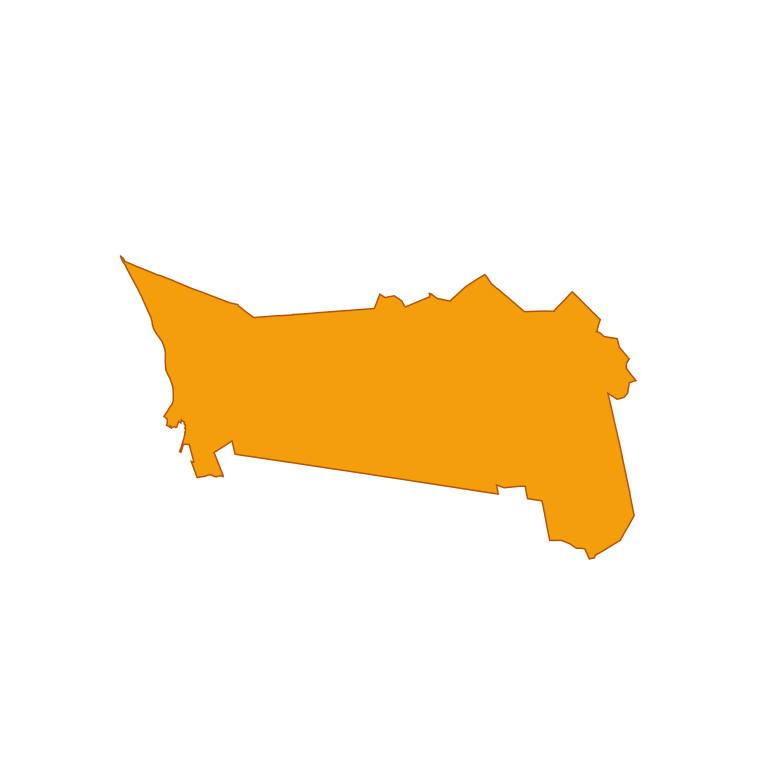 the district of Turku pag., Livanu, Latvia, rotated 43°
{"feature_id": "27541924B57048436459337", "entity_name": "Turku pag.", "entity_type": "district", "adm_level": 2, "iso_a3": "LVA", "parent_name": "Latvia", "parent_adm1": "Livanu", "projection": "robinson", "projection_center": [26.216, 56.443], "detail": "fine", "context": "isolated", "style": "filled", "palette": "amber", "viewbox_px": 768, "rotation_deg": 43, "n_neighbors": 0, "source": "geoboundaries", "source_scale": "gbopen_adm2", "svg_char_len": 5978}
<svg xmlns="http://www.w3.org/2000/svg" viewBox="0 0 768 768"><g transform="rotate(43 384 384)"><path d="M611.9,385.4L620.4,377.4L621.2,377.1L628.8,374.1L636.4,373.0L639.0,370.9L639.7,370.2L640.2,369.8L640.9,369.3L641.8,368.6L642.4,368.2L642.7,367.9L644.2,367.9L646.2,368.7L646.1,368.8L653.5,371.9L655.1,369.4L656.3,368.0L656.4,367.6L656.2,367.3L655.7,366.2L655.6,365.4L655.6,364.7L656.2,362.1L656.2,361.9L656.3,361.8L656.4,361.7L657.3,359.1L662.1,341.7L663.3,337.5L663.4,337.2L661.5,329.7L661.4,329.5L661.1,328.2L659.9,322.9L659.4,320.5L656.7,309.8L656.2,309.6L656.0,309.2L655.7,308.9L648.0,303.4L641.4,298.6L638.5,296.6L637.4,295.3L637.0,295.1L634.0,293.2L618.5,282.3L596.6,266.8L585.4,259.3L577.5,254.0L576.3,253.1L565.4,245.6L554.0,238.0L557.2,237.5L564.7,236.3L566.7,233.5L568.6,230.0L568.4,224.5L565.7,220.6L562.5,215.8L565.9,209.7L557.8,208.6L550.4,207.2L547.2,203.5L546.2,198.3L545.0,198.5L543.9,198.3L541.7,197.9L539.8,197.7L537.0,197.3L531.2,196.6L530.9,196.5L523.6,191.8L514.7,197.8L513.4,198.7L513.0,199.0L512.7,199.1L512.3,199.1L512.0,199.2L511.4,199.2L510.6,199.2L509.3,199.2L507.9,199.3L507.0,199.5L506.2,199.6L504.7,200.1L503.7,200.7L503.8,200.2L502.7,198.3L501.4,196.0L500.2,193.7L499.4,192.0L498.9,191.1L498.3,189.4L492.8,189.3L490.0,189.2L487.2,189.2L484.0,189.0L477.1,188.9L476.5,188.8L473.4,188.6L471.4,188.6L471.0,188.5L466.6,188.4L458.8,188.2L458.7,192.7L458.7,194.5L458.7,197.7L458.8,198.2L458.6,204.4L458.5,207.5L458.3,211.1L458.4,213.1L458.5,214.1L458.6,214.7L458.7,214.8L454.4,218.8L452.4,220.5L441.3,231.4L439.9,232.9L438.2,234.5L437.5,235.2L436.8,235.4L431.4,235.6L430.2,235.7L423.7,235.8L422.3,236.0L421.3,236.0L418.7,236.1L417.0,236.1L412.6,236.4L406.9,236.7L404.0,236.8L402.7,236.9L401.1,237.1L396.6,237.3L393.4,237.5L393.1,237.2L386.5,235.6L383.1,235.2L383.0,235.4L382.7,236.5L382.2,238.2L381.5,240.7L380.7,243.6L378.5,252.3L377.5,256.6L377.2,259.1L377.0,261.1L376.7,265.7L376.5,267.8L376.2,272.1L375.8,275.4L375.7,278.4L368.3,282.8L364.8,285.0L364.0,285.3L363.8,285.3L358.9,285.8L357.4,285.9L357.0,286.2L356.7,286.3L356.4,286.3L355.9,286.5L355.5,286.6L355.3,286.8L355.3,287.0L355.6,287.2L356.3,287.2L357.0,287.5L357.3,287.8L357.3,288.1L357.4,288.7L357.4,289.0L357.6,289.1L358.0,289.3L357.0,291.1L354.2,297.3L352.1,302.0L348.1,310.8L347.1,313.0L345.3,312.9L340.3,311.1L331.4,312.5L327.8,317.3L325.9,320.0L319.7,321.1L321.6,325.7L323.3,330.0L325.4,335.4L315.0,346.7L307.8,354.6L306.6,355.7L291.8,371.8L287.1,376.9L275.6,389.6L273.0,392.3L272.2,393.0L270.2,395.1L269.8,395.5L270.1,395.8L263.9,402.3L259.4,406.9L258.0,408.4L256.4,410.1L252.1,414.8L245.9,421.5L243.4,424.3L239.4,424.7L236.3,425.1L233.6,425.4L232.0,425.5L228.7,425.7L227.0,425.9L225.1,426.2L222.9,425.6L216.4,429.5L213.5,430.8L208.1,432.9L205.7,433.9L202.8,435.1L194.4,438.5L191.1,439.9L189.7,440.4L187.8,441.1L180.8,444.2L177.4,445.6L162.2,451.2L160.3,451.8L159.4,452.2L158.3,452.5L156.5,453.3L155.5,453.7L154.5,454.1L153.0,454.7L150.6,455.6L148.6,456.5L147.4,456.7L143.5,458.9L141.2,459.7L137.7,461.0L132.6,463.0L125.9,465.5L124.5,466.2L120.4,467.6L116.2,469.1L115.3,469.4L114.9,469.6L110.8,471.1L110.1,470.8L109.3,470.6L108.7,470.3L108.4,470.0L107.8,469.8L107.6,469.8L107.4,469.9L107.2,469.9L106.7,470.0L106.0,470.0L105.5,470.1L105.3,470.0L105.1,470.0L104.8,470.0L105.0,470.2L104.8,470.3L104.6,470.4L105.0,470.6L105.4,470.8L106.1,471.3L107.1,471.7L108.1,472.2L110.1,472.7L112.1,473.0L114.9,473.9L116.1,474.6L132.6,480.2L138.9,482.3L147.4,485.5L152.1,487.6L157.7,489.9L162.3,491.9L167.5,494.0L171.4,496.3L174.5,498.8L177.4,500.5L181.3,502.0L192.9,504.3L196.2,506.0L199.8,507.9L202.7,510.1L209.5,517.6L214.9,522.5L219.4,524.4L223.6,525.8L231.1,529.9L232.8,531.2L235.8,534.1L239.1,537.5L241.3,540.1L242.2,541.8L242.8,543.3L243.1,546.9L243.5,548.8L244.1,551.3L245.0,557.1L245.2,557.8L248.4,557.6L248.9,557.6L249.5,557.5L249.7,557.8L250.8,558.9L251.6,559.8L252.5,561.2L252.9,562.4L253.8,562.2L256.9,561.6L256.3,560.4L256.9,560.1L258.6,561.2L258.7,560.8L258.9,559.8L259.2,559.2L259.7,558.6L260.0,558.3L260.1,558.0L261.2,557.8L261.4,557.8L261.4,557.6L261.5,557.4L261.8,557.2L261.7,556.9L261.7,556.7L261.6,556.3L261.4,556.0L261.0,555.2L260.0,553.0L259.3,551.4L260.9,551.1L262.0,551.1L260.4,548.5L261.5,548.7L263.1,548.3L264.1,548.0L265.1,549.5L266.6,549.8L267.1,549.6L268.6,552.3L269.5,552.0L270.3,553.2L271.4,555.3L271.8,555.2L271.9,555.4L272.2,555.8L272.4,556.2L272.7,556.6L273.7,558.6L274.0,559.1L274.6,560.1L275.0,560.9L275.8,562.5L276.1,563.1L276.4,563.6L276.6,564.1L277.0,564.7L277.6,566.0L278.7,568.1L279.8,571.0L280.5,572.8L282.0,572.5L281.1,570.3L279.4,567.0L278.4,565.0L278.9,564.8L279.7,563.7L280.1,563.4L280.7,562.9L282.9,561.1L284.3,562.0L289.1,565.0L298.0,570.6L298.4,570.8L298.5,570.8L295.8,572.1L296.0,572.2L296.3,572.3L296.5,572.5L297.6,573.0L299.7,574.1L301.1,574.7L303.5,576.0L306.3,577.3L307.4,578.0L310.7,579.5L310.8,579.7L311.3,579.8L311.8,579.1L312.4,578.3L312.8,577.6L313.2,577.0L315.1,574.8L315.8,573.9L316.2,573.2L316.5,572.5L316.9,571.8L317.3,570.8L318.1,569.7L318.6,569.2L319.1,568.8L319.7,568.4L320.4,568.1L320.9,567.8L321.6,567.7L322.6,567.5L323.5,567.0L324.5,566.4L324.8,566.1L325.1,565.7L325.3,565.3L325.6,564.6L326.1,563.6L326.6,563.0L327.6,562.4L328.6,561.8L329.5,561.5L329.1,561.0L328.8,560.7L321.6,557.2L321.2,557.0L319.3,556.1L315.2,554.2L314.3,553.9L314.0,553.6L310.9,552.1L306.7,550.1L306.4,550.0L307.4,546.4L307.5,546.3L307.5,545.9L307.7,544.4L307.9,544.2L309.5,538.2L309.8,537.0L311.0,531.9L311.7,529.3L323.0,536.9L329.8,532.3L337.0,527.2L346.6,520.7L354.1,515.5L364.9,508.1L371.3,503.6L381.0,497.0L394.7,487.6L405.7,480.1L427.1,465.3L432.0,461.9L442.5,454.9L461.1,442.1L472.0,434.7L481.4,428.3L497.7,417.2L518.6,403.0L529.5,395.6L538.4,389.5L542.7,386.6L538.5,383.5L535.1,381.1L537.6,380.1L540.3,379.0L542.7,377.9L545.0,375.3L546.4,373.7L550.6,368.9L554.0,365.3L557.0,362.5L567.2,370.0L572.4,366.4L579.0,361.9L579.1,362.0L581.6,363.2L585.7,366.3L596.3,374.0L602.5,378.6L611.9,385.4Z" fill="#f59e0b" stroke="#b45309" stroke-width="1.5"/></g></svg>